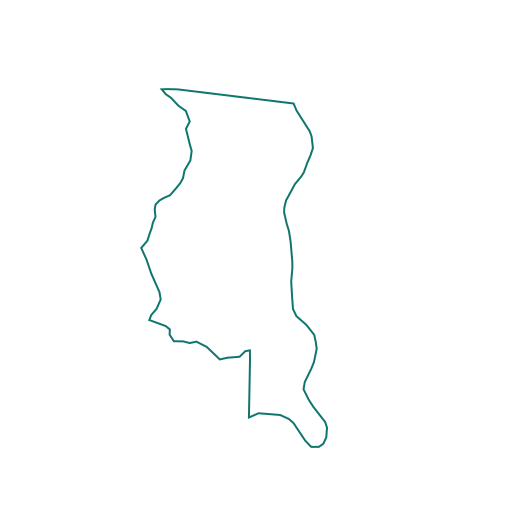 the district of Madeiro, Piauí, Brazil, rotated 142°
{"feature_id": "56859067B91104419573943", "entity_name": "Madeiro", "entity_type": "district", "adm_level": 2, "iso_a3": "BRA", "parent_name": "Brazil", "parent_adm1": "Piauí", "projection": "robinson", "projection_center": [-42.521, -3.556], "detail": "fine", "context": "isolated", "style": "outline", "palette": "teal", "viewbox_px": 512, "rotation_deg": 142, "n_neighbors": 0, "source": "geoboundaries", "source_scale": "gbopen_adm2", "svg_char_len": 1311}
<svg xmlns="http://www.w3.org/2000/svg" viewBox="0 0 512 512"><g transform="rotate(142 256 256)"><path d="M132.5,353.0L215.2,435.6L223.1,442.1L227.7,445.4L227.5,439.1L225.6,432.9L224.6,422.1L222.0,413.5L225.4,402.8L232.9,399.3L239.7,384.1L242.0,378.4L248.9,371.7L259.7,367.4L265.7,362.2L270.7,360.1L278.1,358.4L286.3,356.8L292.4,358.4L297.9,359.2L303.5,358.4L307.3,354.9L311.1,348.7L316.8,345.7L321.1,342.2L326.7,338.7L332.2,334.9L341.5,333.0L344.5,320.5L349.3,306.8L354.3,287.0L357.9,280.4L366.8,275.6L374.9,274.0L379.5,271.2L370.3,256.4L369.1,251.2L372.5,247.2L373.2,239.4L366.0,233.6L361.8,228.2L355.7,225.2L350.8,214.7L348.2,196.8L340.9,193.3L335.2,189.5L330.9,186.7L323.0,187.6L318.9,185.4L323.0,180.0L326.4,175.7L361.0,133.1L350.8,130.5L334.8,115.8L330.4,107.2L329.3,101.2L330.9,80.1L330.0,71.6L324.0,66.9L318.6,66.6L312.3,69.8L305.8,76.9L303.7,82.6L303.7,101.8L302.9,110.5L300.6,121.7L295.1,126.7L281.9,133.1L275.7,136.7L265.4,145.4L261.9,151.3L258.7,158.0L258.7,170.6L261.2,183.8L259.5,191.4L254.0,199.7L244.0,214.2L235.1,223.7L231.0,229.0L219.9,246.0L214.6,255.5L212.0,262.4L207.1,272.9L204.0,276.6L198.1,281.3L191.7,284.0L181.1,288.7L171.3,290.8L166.7,292.5L158.0,298.0L151.3,301.6L144.7,306.0L138.6,316.0L136.9,321.1L134.5,345.7L132.5,353.0Z" fill="none" stroke="#0f766e" stroke-width="2"/></g></svg>